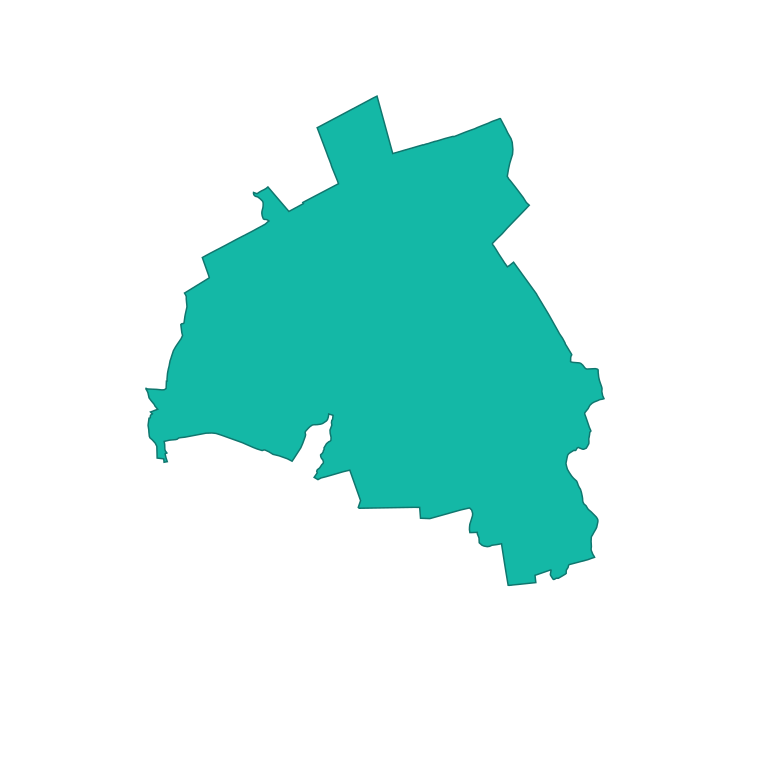 outline of Gaesti, Dâmbovita, Romania, rotated 240°
{"feature_id": "2599482B24662006663343", "entity_name": "Gaesti", "entity_type": "district", "adm_level": 2, "iso_a3": "ROU", "parent_name": "Romania", "parent_adm1": "Dâmbovita", "projection": "equal_earth", "projection_center": [25.308, 44.722], "detail": "fine", "context": "isolated", "style": "filled", "palette": "teal", "viewbox_px": 768, "rotation_deg": 240, "n_neighbors": 0, "source": "geoboundaries", "source_scale": "gbopen_adm2", "svg_char_len": 6159}
<svg xmlns="http://www.w3.org/2000/svg" viewBox="0 0 768 768"><g transform="rotate(240 384 384)"><path d="M636.8,521.9L637.1,517.5L639.3,455.0L639.4,454.3L612.5,449.9L609.3,449.3L605.8,448.8L600.9,448.0L599.9,447.7L597.8,447.3L583.4,445.3L580.2,444.7L581.8,405.3L581.8,404.4L580.5,404.4L581.0,387.9L612.7,382.0L612.3,379.6L612.3,376.9L612.5,374.9L612.5,372.1L612.3,369.2L615.1,366.8L614.4,366.3L613.0,365.9L611.7,366.1L610.7,366.6L609.3,368.1L606.5,369.3L603.6,370.1L602.7,370.2L601.3,369.9L598.9,368.5L597.4,367.4L594.6,364.7L593.5,363.9L592.6,363.4L590.5,362.6L588.3,362.2L587.2,362.1L586.2,362.9L585.4,364.2L584.4,365.1L582.7,365.8L582.5,364.3L581.8,361.1L582.2,345.2L583.0,328.4L583.4,315.6L584.1,299.9L584.4,289.9L579.8,289.0L566.7,286.6L563.5,285.9L563.3,285.5L562.5,256.7L559.8,256.7L558.4,256.4L556.6,255.3L553.6,253.9L550.9,252.7L549.3,251.9L544.3,247.3L542.0,245.3L537.1,241.5L536.7,240.8L536.8,240.1L537.2,239.4L537.3,238.9L537.1,237.8L535.8,237.2L529.6,234.6L526.7,233.8L524.6,230.8L521.8,224.9L520.3,221.9L518.1,218.2L517.0,217.0L513.8,213.4L513.0,212.6L512.3,211.8L511.1,210.4L508.7,208.3L507.0,206.9L505.0,204.9L502.4,202.6L501.3,201.7L497.0,198.7L495.0,197.6L495.3,197.0L489.1,193.1L488.9,191.6L489.0,190.6L489.6,189.4L490.1,188.5L493.1,184.3L495.7,180.2L497.9,176.8L498.3,176.4L499.2,175.8L498.9,175.4L498.3,175.3L497.1,175.4L494.6,175.2L489.5,173.6L485.9,174.0L481.1,174.8L479.6,174.6L475.3,175.4L476.5,167.8L474.0,168.5L473.7,166.2L472.8,165.4L472.0,165.1L471.6,164.4L471.9,163.4L466.7,159.4L465.9,158.9L464.1,158.2L461.8,157.3L459.6,156.2L456.0,154.6L454.3,154.4L451.5,155.4L447.2,156.3L443.6,156.1L433.3,150.5L429.3,155.8L426.2,154.4L425.1,157.5L429.0,158.3L432.4,159.3L433.0,159.6L433.2,160.0L432.8,160.9L432.8,161.5L435.1,161.2L436.0,161.3L437.1,161.6L441.2,163.8L444.2,164.9L442.6,170.2L440.1,175.6L439.6,177.2L439.9,179.2L439.3,180.9L437.5,185.0L430.4,205.3L427.6,210.5L425.2,213.8L421.0,217.6L404.0,232.0L394.6,238.9L391.2,241.6L387.3,245.2L386.9,247.2L386.1,248.1L382.7,250.5L378.6,252.7L374.3,257.2L367.6,262.9L363.1,265.8L364.2,268.1L370.3,280.0L373.1,283.8L377.8,289.4L379.2,290.7L381.4,291.4L382.2,292.3L383.5,296.2L384.1,298.5L384.3,301.5L383.7,303.1L382.3,305.6L381.0,308.8L380.6,310.3L380.5,311.6L380.8,315.7L381.5,317.3L383.0,319.0L384.5,320.3L385.7,321.1L383.2,323.5L382.3,324.2L379.1,321.8L378.5,320.5L376.7,319.1L374.5,318.3L371.1,314.2L368.1,312.7L364.3,311.5L361.8,309.9L361.4,308.7L361.6,307.3L361.1,304.4L358.7,300.1L357.3,299.5L356.7,298.3L355.5,297.2L354.7,295.5L354.6,294.4L354.3,293.6L352.7,292.9L350.7,292.7L349.0,293.1L346.8,292.6L345.7,291.6L345.3,289.9L343.5,286.3L343.3,284.8L343.1,283.4L342.1,282.1L340.4,281.7L338.1,276.8L334.2,279.0L334.1,282.5L332.8,287.1L331.2,293.5L328.7,303.7L328.4,304.9L326.5,311.3L294.7,305.4L290.0,300.0L288.8,300.4L262.1,348.5L259.3,353.2L249.5,348.5L244.5,356.4L236.5,387.7L234.1,395.5L233.8,396.2L231.0,396.9L227.7,396.1L225.7,394.8L219.5,388.1L217.3,386.5L215.2,385.2L212.4,384.1L211.3,386.0L208.9,390.6L207.6,389.9L203.2,389.3L198.9,387.1L195.5,388.2L193.7,389.5L191.5,392.1L190.6,394.3L190.4,396.8L188.5,401.4L186.9,405.9L181.3,403.7L169.4,399.1L160.5,395.7L147.7,390.9L147.6,391.1L147.2,391.4L146.8,392.2L146.7,392.5L145.8,394.4L145.8,394.6L143.5,399.6L138.1,411.7L136.1,416.2L142.8,419.1L140.1,433.1L139.7,435.1L139.2,435.6L136.0,432.9L135.0,432.6L130.5,432.8L129.8,433.3L129.6,434.5L129.7,436.0L128.6,437.9L128.6,442.4L128.7,446.0L128.9,447.1L130.1,447.8L131.6,448.8L133.1,451.7L133.2,451.8L134.7,453.2L135.0,454.1L129.9,472.8L129.2,476.9L128.6,479.7L129.7,479.8L132.0,479.7L136.3,480.3L137.0,480.6L137.9,481.1L139.3,482.2L142.4,483.8L143.9,484.5L147.6,486.9L148.3,487.7L149.0,489.1L150.3,491.2L152.6,495.2L153.6,496.6L157.7,500.3L158.5,500.8L159.3,501.2L160.2,501.4L162.3,501.4L163.6,501.1L169.7,499.5L172.8,498.4L173.5,498.2L174.8,498.1L177.0,498.1L177.6,498.1L179.8,497.3L180.4,497.2L182.0,497.3L182.6,497.4L183.5,497.7L185.7,498.8L187.5,499.5L191.5,500.8L194.6,501.5L196.8,501.4L199.3,501.6L201.8,502.1L203.5,502.3L207.7,501.0L210.3,500.5L214.4,500.2L218.3,500.2L221.6,501.0L224.3,501.9L227.5,504.7L229.2,506.2L230.7,507.7L231.3,509.3L231.5,511.3L231.6,515.0L231.6,515.5L231.0,515.9L230.8,516.3L230.7,516.8L230.8,517.3L231.2,517.9L231.8,518.9L232.0,519.8L231.9,520.5L231.5,520.9L231.0,521.2L228.7,523.0L228.2,523.5L227.8,524.0L227.6,524.6L227.3,527.1L228.8,529.8L229.4,530.6L229.6,531.1L230.1,531.7L231.7,532.7L233.7,533.7L234.2,534.0L236.0,535.6L237.6,536.9L239.2,538.0L239.4,538.3L239.5,539.0L239.7,539.5L240.2,539.8L241.3,539.9L243.2,540.1L244.6,540.3L245.4,540.5L254.0,542.2L257.6,542.8L258.7,543.5L260.6,548.4L262.6,551.6L263.3,554.6L263.3,557.1L262.7,561.2L262.6,563.0L261.5,566.0L261.3,567.2L264.5,567.5L268.6,568.9L270.8,570.4L271.5,570.7L272.4,571.0L277.1,571.9L279.1,572.3L282.1,573.2L283.4,573.7L284.7,574.3L286.8,575.2L288.4,576.1L289.3,576.5L289.8,576.4L290.2,576.2L291.4,575.0L291.8,574.4L295.4,567.4L295.7,567.0L296.5,566.4L297.0,566.2L297.8,566.0L300.9,565.6L303.3,564.8L304.1,564.2L304.7,563.6L308.3,558.4L308.9,557.7L309.8,556.9L310.6,556.9L311.0,557.4L313.1,558.6L314.0,559.3L314.6,559.9L315.2,560.9L315.4,561.2L315.9,561.3L316.9,561.3L326.0,561.1L328.1,561.0L328.7,561.3L330.6,561.4L334.5,561.5L339.8,561.1L343.9,561.2L362.1,561.4L384.5,561.0L385.7,561.1L409.8,558.6L424.7,557.1L423.9,551.8L423.8,549.4L425.3,549.3L427.7,549.1L428.1,548.9L428.4,549.0L432.5,548.8L439.1,548.4L444.0,548.3L448.5,548.1L449.9,547.8L450.8,547.9L451.5,548.2L451.8,549.1L453.7,555.9L454.4,559.0L455.2,562.0L457.4,568.6L464.1,592.1L466.2,599.2L469.0,598.3L470.4,598.0L476.0,597.8L488.9,596.2L497.2,595.0L498.9,594.6L500.4,594.6L502.4,594.6L502.6,594.9L502.7,595.0L507.9,599.3L512.2,603.2L518.7,610.2L522.7,612.9L529.2,615.9L533.0,616.7L539.7,616.7L544.5,617.1L555.6,617.5L556.0,616.9L556.1,616.2L556.2,615.1L557.3,609.2L557.5,607.5L557.7,604.8L558.5,599.7L559.5,592.7L559.7,590.1L560.3,587.0L561.4,580.8L563.2,568.5L563.4,568.0L563.8,567.8L564.1,567.0L566.1,559.6L568.0,551.3L568.8,548.9L569.1,547.3L569.6,545.3L570.1,542.5L570.3,542.0L570.4,541.4L570.7,540.8L571.4,537.4L571.7,537.2L579.2,506.8L636.8,521.9Z" fill="#14b8a6" stroke="#0f766e" stroke-width="1.5"/></g></svg>